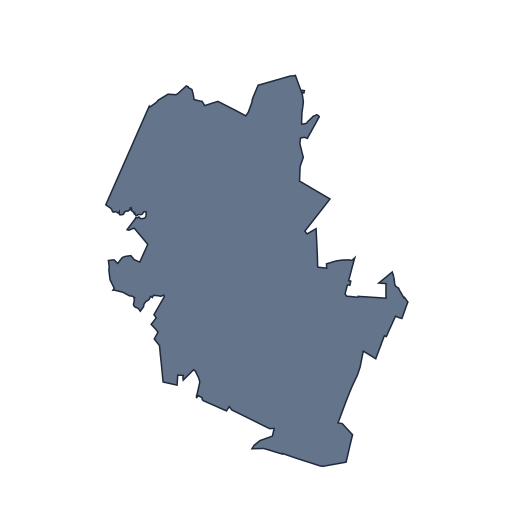 outline of Tequisquiapan, Querétaro, Mexico, rotated 199°
{"feature_id": "50627088B65246255323427", "entity_name": "Tequisquiapan", "entity_type": "district", "adm_level": 2, "iso_a3": "MEX", "parent_name": "Mexico", "parent_adm1": "Querétaro", "projection": "equal_earth", "projection_center": [-99.971, 20.542], "detail": "fine", "context": "isolated", "style": "filled", "palette": "slate", "viewbox_px": 512, "rotation_deg": 199, "n_neighbors": 0, "source": "geoboundaries", "source_scale": "gbopen_adm2", "svg_char_len": 5762}
<svg xmlns="http://www.w3.org/2000/svg" viewBox="0 0 512 512"><g transform="rotate(199 256 256)"><path d="M414.7,255.5L408.7,253.8L408.5,253.6L407.7,253.1L406.7,251.9L406.1,251.3L405.3,251.0L404.5,251.3L403.9,251.9L403.3,252.2L402.2,252.2L400.6,251.7L400.0,251.9L399.7,253.2L399.2,251.7L398.7,250.9L398.0,250.6L397.0,251.1L395.9,251.5L394.9,252.4L394.7,253.2L394.9,253.8L394.5,255.0L393.7,255.6L393.3,256.3L392.4,256.5L391.4,257.0L391.0,257.7L390.6,258.2L390.6,258.9L390.0,259.5L390.4,260.1L390.5,260.4L389.9,260.4L389.7,260.9L388.7,259.7L389.1,258.9L388.8,258.6L387.7,258.0L386.6,257.7L385.9,257.6L385.4,257.6L385.6,257.3L384.9,256.3L384.7,256.0L384.3,256.1L383.8,256.4L383.4,255.9L382.9,255.2L382.4,255.1L381.7,255.5L381.2,256.6L380.4,257.0L379.4,257.3L378.3,257.6L377.4,258.3L376.9,259.4L376.7,260.5L376.2,261.4L375.3,261.8L374.3,262.0L373.9,260.9L373.6,259.9L373.1,258.3L373.1,256.9L373.5,255.7L374.5,255.0L375.4,254.4L376.3,254.1L377.2,253.9L378.3,254.1L378.7,254.3L379.1,254.8L379.9,254.5L380.2,253.7L380.9,253.4L381.4,253.4L382.2,253.3L382.3,251.8L386.5,238.9L384.6,239.0L380.3,242.7L362.2,231.8L362.2,231.7L362.4,228.6L362.7,225.7L363.1,221.6L363.5,217.0L363.9,212.4L370.0,212.9L374.5,215.6L379.2,213.2L381.9,211.1L384.4,203.9L389.0,206.2L394.1,203.7L391.3,198.0L390.6,194.9L386.2,185.9L379.8,179.6L379.6,179.4L380.1,177.1L379.1,177.6L370.1,178.4L366.1,177.7L362.3,177.1L361.4,177.5L359.5,177.7L356.6,176.8L357.6,176.6L356.5,173.8L356.1,170.4L355.5,169.4L355.1,169.0L354.0,168.5L353.5,168.4L352.9,168.2L351.7,168.4L349.8,167.8L349.6,167.7L347.4,166.1L346.2,170.2L345.8,171.4L346.1,173.2L346.2,173.9L346.0,175.1L345.0,177.6L343.8,178.7L342.9,180.2L342.5,183.5L340.5,183.0L340.5,183.4L340.1,185.4L335.5,186.6L333.1,186.8L330.5,188.9L329.6,188.1L329.5,187.9L329.5,187.6L332.0,174.4L333.4,167.3L332.8,166.9L330.2,165.0L332.9,157.2L327.1,154.2L323.9,152.0L325.2,144.4L319.9,141.0L318.1,139.9L313.8,130.4L309.2,120.6L307.6,117.0L302.8,106.6L295.8,107.4L288.6,108.2L291.0,117.1L291.2,117.9L285.9,119.4L285.5,117.1L284.4,114.9L283.4,117.0L277.9,128.3L275.4,127.0L272.2,123.7L271.2,122.9L269.6,120.8L268.2,118.7L268.1,117.8L267.9,117.2L266.8,106.7L266.5,105.9L266.8,105.2L266.5,104.7L266.8,104.4L266.2,103.7L266.2,102.2L265.0,105.2L263.5,104.8L260.8,104.5L260.1,102.7L258.6,102.0L258.0,102.0L254.5,101.7L244.9,100.9L241.0,100.5L233.5,99.9L232.9,102.4L232.5,103.7L232.2,104.9L229.1,102.7L227.1,102.3L218.6,101.3L212.7,100.5L209.4,100.1L204.0,99.4L198.0,98.6L193.5,98.0L186.8,97.2L182.8,98.9L182.4,96.9L182.5,96.9L181.9,91.0L187.1,86.8L192.1,82.8L195.6,77.3L196.0,76.8L197.1,72.4L191.0,74.7L186.1,76.5L180.4,76.8L176.0,76.9L170.9,77.1L166.5,77.3L166.6,77.9L159.0,77.9L151.9,77.9L145.8,78.0L138.1,78.2L131.3,78.3L126.7,78.4L126.3,78.6L124.5,78.8L119.0,81.9L114.1,84.6L103.7,90.4L105.8,110.8L106.5,118.4L113.6,122.2L119.7,125.5L120.6,125.5L124.1,124.9L123.5,148.9L123.1,158.0L122.6,165.0L121.3,176.8L121.4,184.8L122.8,195.2L123.6,201.0L117.7,199.7L113.1,198.7L109.3,197.8L109.3,201.8L109.2,201.9L109.1,206.9L109.1,207.0L108.9,211.5L108.9,215.6L108.7,219.9L108.7,220.0L108.7,222.2L108.6,222.4L106.6,222.2L106.4,223.9L106.2,226.4L106.2,226.6L105.8,231.2L105.7,231.8L105.3,235.8L105.3,236.0L105.2,237.4L104.9,240.4L104.9,240.5L104.5,244.5L103.0,244.4L102.5,244.4L101.9,244.3L101.6,244.3L97.7,244.4L97.5,260.4L97.6,261.2L97.3,261.8L99.7,263.5L102.3,265.3L102.4,265.2L102.7,264.7L109.9,271.0L110.5,272.0L111.0,272.1L112.7,272.4L115.0,273.5L116.3,275.8L116.7,276.8L117.9,279.2L119.8,282.3L120.2,283.1L121.9,285.0L122.0,285.2L123.9,282.1L127.3,276.6L131.1,270.4L130.8,270.5L128.0,271.2L126.4,271.6L124.1,272.2L120.8,262.4L120.7,262.3L119.4,258.4L123.9,257.2L124.3,257.1L141.6,252.4L142.2,252.2L144.4,251.6L146.2,251.2L146.0,250.6L146.0,250.4L146.0,250.2L154.3,248.3L154.7,248.1L157.2,247.5L159.2,249.0L159.5,249.3L160.1,258.2L160.0,258.4L159.8,258.6L159.3,258.7L158.5,258.8L157.7,258.9L158.2,263.1L159.8,263.0L160.2,262.9L160.4,262.9L161.2,274.3L161.3,274.7L161.4,276.9L161.6,279.5L161.8,282.4L161.8,282.5L162.0,286.5L163.8,283.1L165.0,282.9L165.6,282.8L166.4,282.7L167.9,282.2L168.0,282.1L170.9,281.1L171.0,281.1L172.3,280.6L174.0,279.8L174.9,279.3L178.2,277.7L179.3,276.9L180.0,276.4L181.4,275.5L183.6,273.8L186.8,271.6L186.3,270.3L186.2,270.0L186.1,269.6L185.2,267.5L193.7,265.6L194.5,266.6L195.2,268.5L196.2,271.4L197.0,273.3L197.3,274.3L198.2,276.6L208.1,301.4L214.9,293.5L217.9,295.4L204.6,334.0L239.2,341.0L241.8,349.6L243.4,355.0L243.4,364.8L245.6,368.0L248.5,372.5L251.0,376.4L251.2,377.0L252.3,382.1L252.1,382.2L249.8,383.5L248.7,383.9L247.4,384.1L247.0,383.9L246.0,383.8L245.9,384.0L245.7,384.1L245.4,386.0L245.1,387.7L244.9,389.2L244.4,391.3L244.1,393.5L243.8,395.4L243.6,396.2L241.5,408.3L242.9,409.1L244.7,409.3L245.9,408.0L247.3,406.9L247.6,406.5L247.8,405.7L248.8,403.9L250.3,400.9L250.7,400.4L251.4,397.9L255.6,395.5L256.4,397.3L258.9,405.4L259.0,405.5L259.7,409.0L260.4,412.8L261.4,417.2L263.4,421.2L265.2,424.5L266.2,425.7L265.8,425.6L265.4,425.6L264.4,425.6L264.2,425.6L263.8,425.7L263.8,426.3L263.9,427.0L264.0,427.6L264.0,428.1L266.4,427.7L267.1,426.7L271.0,431.5L277.6,439.6L277.9,439.4L279.6,438.3L282.3,437.3L293.4,429.5L309.6,418.2L310.4,405.9L310.3,403.8L310.5,403.8L310.3,401.5L309.9,401.0L310.1,389.6L311.1,385.6L311.4,385.1L311.7,385.3L311.9,385.3L317.6,386.2L319.4,386.5L320.4,386.7L321.1,386.8L322.2,387.0L322.5,387.0L323.0,387.1L324.3,387.3L324.5,387.3L335.3,388.8L342.4,389.8L353.5,381.5L356.7,384.2L357.6,384.7L359.1,384.3L365.5,383.8L367.4,387.4L370.7,392.5L373.1,393.1L374.1,392.9L374.9,393.4L375.1,393.9L377.3,394.1L382.8,384.0L384.1,382.5L390.8,380.6L391.5,380.5L391.8,380.4L392.0,380.3L393.3,378.6L399.1,371.7L400.2,368.8L404.9,362.2L405.7,362.9L406.2,357.5L414.7,255.5Z" fill="#64748b" stroke="#1e293b" stroke-width="1.5"/></g></svg>